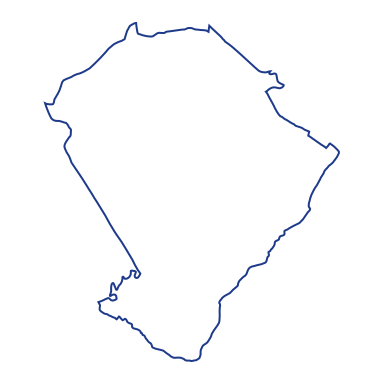 outline of Gachancipá, Cundinamarca, Colombia
{"feature_id": "7082276B66532340203009", "entity_name": "Gachancipá", "entity_type": "district", "adm_level": 2, "iso_a3": "COL", "parent_name": "Colombia", "parent_adm1": "Cundinamarca", "projection": "albers", "projection_center": [-73.877, 5.006], "detail": "fine", "context": "isolated", "style": "outline", "palette": "blue", "viewbox_px": 384, "rotation_deg": 0, "n_neighbors": 0, "source": "geoboundaries", "source_scale": "gbopen_adm2", "svg_char_len": 5910}
<svg xmlns="http://www.w3.org/2000/svg" viewBox="0 0 384 384"><path d="M209.3,25.7L208.8,29.1L208.5,31.8L206.2,30.5L203.9,30.2L200.7,30.0L198.2,29.7L195.0,29.4L191.6,28.1L189.8,28.0L188.7,28.0L187.8,28.1L185.2,29.3L184.4,29.5L182.8,29.5L169.9,31.3L167.1,31.6L165.9,31.9L165.4,32.3L164.8,32.8L163.4,33.0L161.8,33.0L159.3,32.8L158.3,33.0L157.3,33.3L154.2,35.4L153.1,36.2L151.8,36.5L150.0,36.5L147.6,36.3L145.9,36.0L142.1,35.1L140.7,34.5L138.7,34.0L138.1,33.7L137.6,32.8L137.3,31.7L136.5,26.8L136.1,23.0L135.2,23.1L134.0,23.5L131.7,24.8L130.0,25.8L129.4,26.7L127.1,30.9L125.9,34.6L125.1,37.5L124.6,39.1L123.5,39.8L121.5,40.9L118.3,42.0L113.9,44.2L108.6,48.7L105.1,52.8L99.8,58.5L95.1,63.2L89.7,68.3L86.6,70.1L83.4,71.9L79.9,73.4L77.9,73.9L76.9,74.2L74.0,75.4L71.1,77.1L66.3,79.0L63.5,80.4L62.1,82.3L61.0,86.0L59.3,90.8L57.8,93.7L54.4,99.5L54.1,101.3L53.8,102.6L53.5,103.3L53.0,104.1L52.3,104.3L50.7,104.4L47.5,104.1L46.4,103.8L45.1,103.2L46.3,106.9L48.5,112.5L50.1,116.0L51.5,118.6L53.3,120.0L55.4,120.8L59.3,121.0L62.0,121.7L64.6,122.6L66.0,122.9L67.3,124.2L68.3,125.8L68.9,127.1L69.7,128.1L70.8,129.3L71.0,130.1L70.9,131.1L70.8,133.7L70.6,135.3L70.1,136.5L69.2,137.2L68.3,138.5L65.9,142.1L64.9,144.1L64.5,145.7L64.5,147.2L65.3,149.4L66.7,152.4L68.8,155.7L69.9,158.1L71.5,162.6L82.2,178.5L85.5,183.7L88.9,189.2L92.4,194.7L94.2,197.8L96.5,201.3L105.2,215.4L109.8,223.8L114.6,231.7L116.5,234.6L121.3,241.5L124.8,247.1L132.4,259.8L134.8,264.7L137.7,269.8L140.3,273.5L139.9,274.7L138.9,276.3L138.0,277.5L136.8,278.0L135.9,277.8L135.4,277.5L134.9,276.9L134.7,276.2L134.7,275.4L135.8,272.5L135.8,271.8L135.4,271.4L134.6,271.0L133.3,270.9L132.2,270.6L131.4,270.7L130.9,270.9L130.8,271.5L130.8,272.6L130.8,273.8L130.3,275.4L129.6,276.6L128.5,277.7L127.3,278.4L126.3,278.7L125.5,278.8L124.6,278.6L124.1,278.2L123.8,277.5L123.3,276.8L122.8,276.8L122.4,277.2L122.5,278.0L122.4,279.4L121.9,281.2L121.3,282.7L120.5,284.0L119.1,285.5L118.3,286.8L117.7,288.3L117.1,289.6L116.7,289.8L116.4,289.8L116.0,289.4L114.0,284.3L113.4,283.2L112.7,283.1L112.2,283.5L111.7,284.2L111.3,285.8L111.1,288.1L111.2,290.2L111.0,292.2L110.0,295.0L109.9,295.8L110.2,296.0L111.2,295.6L112.2,294.9L113.3,294.6L114.3,294.5L115.4,294.9L116.1,295.9L116.5,297.7L116.6,298.8L116.0,299.4L115.2,299.8L113.6,300.4L112.6,300.6L111.9,300.4L111.1,300.2L109.3,298.5L108.5,298.1L107.7,298.2L104.9,299.4L103.0,300.4L100.2,301.5L98.4,302.1L99.2,303.6L99.8,304.6L100.0,305.3L99.6,308.8L99.8,310.1L100.9,311.3L103.7,313.2L104.6,313.7L106.2,314.0L107.6,314.4L108.5,315.2L110.5,316.0L112.9,317.2L115.2,318.0L116.2,319.1L116.7,319.3L119.0,316.5L119.4,316.7L120.0,317.3L120.6,318.1L121.5,319.1L122.4,320.0L122.7,320.2L123.3,319.9L125.0,318.8L125.5,319.0L126.2,319.6L126.7,320.4L127.0,321.4L127.7,322.2L128.8,323.0L131.2,323.8L131.9,324.4L132.1,325.5L132.1,326.9L132.7,327.8L133.9,328.5L135.3,328.8L137.1,329.3L138.2,329.7L139.7,330.7L140.5,331.4L140.6,332.3L140.8,332.8L141.9,333.2L142.1,333.4L142.3,334.4L142.7,335.0L143.3,335.1L144.0,335.4L144.5,335.8L145.6,338.0L146.2,339.0L146.9,339.6L147.5,340.5L148.4,341.7L149.5,342.6L150.3,343.0L151.2,344.0L151.9,345.7L152.2,347.0L153.1,347.7L155.6,348.7L161.0,350.0L163.4,350.7L166.8,353.4L169.3,355.0L170.7,356.3L172.2,357.1L173.6,357.7L174.8,357.8L177.6,357.6L180.7,357.7L182.7,358.5L183.9,359.0L184.7,359.8L185.8,360.4L187.3,360.6L189.9,360.6L191.1,361.0L191.7,361.0L196.4,360.1L198.3,358.9L199.4,358.1L200.1,356.2L200.6,354.5L200.6,351.8L200.7,350.7L200.9,349.9L201.3,348.8L202.4,346.5L202.9,345.7L204.0,344.8L205.4,343.9L206.6,343.1L207.7,341.9L209.6,339.0L210.8,336.9L211.8,333.9L213.8,330.5L217.6,325.2L219.0,322.7L219.4,321.0L219.7,316.2L219.6,310.7L219.8,307.3L220.1,305.5L220.0,304.3L219.8,303.8L219.3,303.1L219.3,302.4L219.5,301.7L220.1,300.6L221.3,299.2L222.3,297.8L223.4,296.9L224.9,295.8L229.7,293.2L231.2,291.8L232.8,290.0L237.3,286.2L237.9,285.3L238.1,283.5L238.8,281.9L239.5,280.7L241.3,278.9L242.6,277.5L245.2,275.6L246.4,274.2L247.9,270.2L248.9,268.5L250.3,267.3L251.7,266.6L254.2,266.0L257.4,265.1L261.4,264.2L265.2,262.7L265.9,262.1L266.4,261.2L266.8,259.9L267.1,258.3L267.4,257.5L267.8,256.8L268.3,256.5L268.7,255.8L268.9,255.2L268.9,254.4L268.6,253.4L268.5,252.6L268.5,252.1L268.8,251.8L270.0,251.2L270.3,250.8L270.8,249.8L271.2,249.3L272.0,248.7L273.9,246.0L274.6,244.4L274.8,242.6L275.0,242.0L275.4,241.4L276.2,240.9L277.4,240.4L278.5,239.8L278.9,239.4L279.5,237.2L280.4,236.2L283.4,235.3L284.2,234.7L284.5,234.0L284.4,231.5L284.6,230.8L285.7,230.2L287.4,229.5L289.0,228.4L292.5,226.4L299.4,223.0L303.0,219.3L305.2,216.1L307.8,212.3L309.2,210.9L309.9,209.9L310.1,208.7L308.8,206.7L308.7,205.5L308.9,203.4L309.6,200.8L310.4,197.7L311.6,194.4L313.8,190.0L315.0,187.9L316.9,185.2L320.1,179.3L320.9,177.5L323.5,173.5L324.3,171.4L325.0,170.3L325.5,169.6L326.6,168.6L327.9,167.1L328.9,165.8L330.8,164.4L332.8,162.6L336.7,157.4L337.8,155.4L338.5,154.0L338.8,153.3L338.9,152.4L338.9,151.8L338.6,151.2L337.5,149.9L334.9,147.3L333.6,146.1L330.0,143.5L329.2,144.1L328.2,145.7L326.1,148.0L324.6,146.7L321.2,144.6L309.4,136.3L308.3,135.7L308.5,134.4L309.2,131.6L304.6,129.7L302.4,128.2L300.7,127.4L296.2,126.0L295.2,125.5L294.5,124.7L293.9,124.2L291.7,123.2L286.5,119.9L285.0,119.2L281.9,116.9L280.2,116.1L278.5,114.1L276.9,111.7L275.0,108.3L274.0,106.1L272.2,102.7L269.4,97.7L267.3,93.6L265.9,91.7L266.7,91.3L268.2,89.9L269.7,88.8L271.4,87.9L272.8,87.5L274.0,87.3L275.7,87.5L278.9,88.2L280.1,88.2L280.9,87.9L282.1,87.4L282.9,86.7L283.6,85.8L283.7,85.1L283.0,84.6L280.9,83.7L279.3,82.8L278.2,81.9L277.6,81.0L277.1,78.9L276.4,74.9L275.9,74.0L274.9,73.5L273.7,73.6L272.6,74.0L271.2,74.2L270.0,74.1L269.4,73.7L269.2,72.9L269.6,72.2L270.3,71.3L269.3,71.4L267.1,72.1L266.0,72.3L264.7,72.4L262.3,72.1L260.7,71.7L258.8,70.8L254.8,67.3L242.6,56.1L238.4,52.3L236.0,50.2L232.7,47.3L228.8,44.2L225.1,41.6L224.1,40.2L222.7,38.9L221.8,37.7L220.7,36.5L211.7,28.1L209.3,25.7Z" fill="none" stroke="#1e3a8a" stroke-width="2"/></svg>